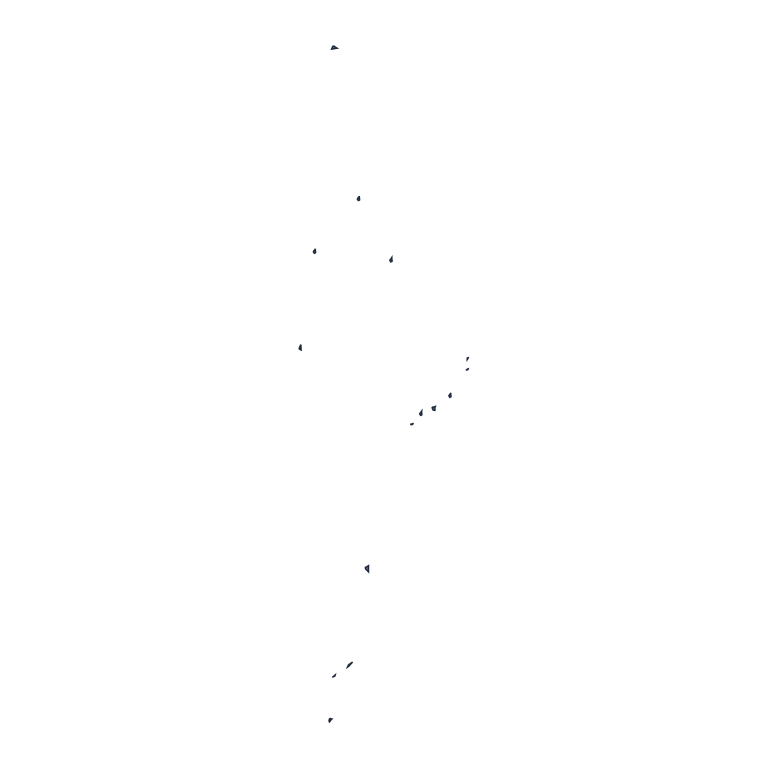 map outline of Kaafu (Natural Earth projection)
{"feature_id": "MDV-5230", "entity_name": "Kaafu", "entity_type": "Atoll", "adm_level": 1, "iso_a3": "MDV", "parent_name": "Maldives", "parent_adm1": "", "projection": "natural_earth1", "projection_center": [73.522, 4.408], "detail": "fine", "context": "isolated", "style": "filled", "palette": "slate", "viewbox_px": 768, "rotation_deg": 0, "n_neighbors": 0, "source": "natural_earth", "source_scale": "10m", "svg_char_len": 1472}
<svg xmlns="http://www.w3.org/2000/svg" viewBox="0 0 768 768"><path d="M368.5,565.7L368.5,571.8L366.6,569.9L365.5,568.8L365.4,567.4L366.9,566.7L368.5,565.7ZM337.1,48.2L331.6,49.1L332.8,46.3L334.0,46.1L335.4,47.2L337.1,48.2ZM435.3,406.5L434.8,408.0L435.0,409.5L434.8,410.4L434.2,410.3L433.2,410.1L432.1,407.8L432.7,407.1L434.0,407.1L435.3,406.5ZM300.8,344.6L301.1,350.0L299.3,349.0L299.3,347.9L300.0,346.5L300.8,344.6ZM315.3,248.8L315.3,249.0L315.3,250.5L315.6,251.8L315.5,252.7L314.3,253.3L313.4,251.9L313.7,251.0L314.6,250.2L315.3,248.8ZM421.7,411.0L421.6,412.6L421.9,414.0L421.8,414.9L420.7,415.4L419.7,414.0L420.0,413.2L420.8,412.3L421.7,411.0ZM359.4,196.1L359.3,197.8L359.6,199.1L359.5,200.1L358.3,200.5L358.1,200.2L357.4,199.2L357.7,198.2L358.6,197.4L359.4,196.1ZM391.8,257.5L391.8,259.2L392.1,260.5L392.0,261.4L390.8,261.9L390.5,261.4L389.9,260.5L390.2,259.6L391.0,258.8L391.8,257.5ZM450.8,392.9L450.7,394.5L451.0,395.8L450.9,396.8L449.8,397.4L448.9,395.9L449.2,395.1L450.0,394.2L450.8,392.9ZM331.9,719.0L330.9,720.0L330.0,721.3L329.4,721.9L329.0,720.7L329.5,718.9L330.2,718.5L331.1,718.9L331.9,719.0ZM352.6,662.0L348.8,666.2L347.5,667.1L348.4,665.1L349.6,664.1L352.6,662.0ZM413.6,423.4L411.9,424.7L410.3,424.4L410.2,424.4L413.6,423.4ZM335.2,674.9L334.9,676.0L332.6,677.2L332.4,677.3L335.2,674.9ZM468.7,357.3L467.2,359.6L467.2,358.2L468.7,357.3ZM468.7,368.3L467.7,369.7L466.0,370.2L465.9,370.3L468.7,368.3Z" fill="#64748b" stroke="#1e293b" stroke-width="1.5"/></svg>